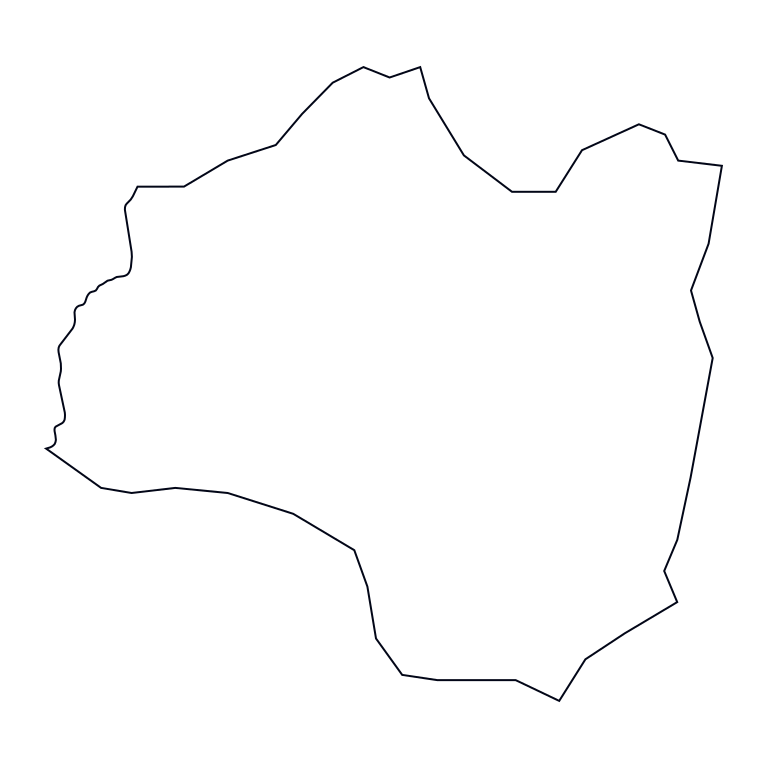 SVG path tracing the border of Haute Matsiatra
{"feature_id": "MDG-5873", "entity_name": "Haute Matsiatra", "entity_type": "Autonomous Province", "adm_level": 1, "iso_a3": "MDG", "parent_name": "Madagascar", "parent_adm1": "", "projection": "natural_earth1", "projection_center": [46.02, -21.511], "detail": "fine", "context": "isolated", "style": "outline", "palette": "ink", "viewbox_px": 768, "rotation_deg": 0, "n_neighbors": 0, "source": "natural_earth", "source_scale": "10m", "svg_char_len": 1439}
<svg xmlns="http://www.w3.org/2000/svg" viewBox="0 0 768 768"><path d="M131.6,493.0L101.1,487.9L46.1,448.6L50.1,447.4L51.9,446.5L53.4,445.4L54.7,444.0L55.5,442.0L55.9,439.9L55.4,435.4L54.6,431.2L54.5,429.8L54.7,428.1L55.6,426.7L62.4,423.0L63.7,421.6L64.6,419.7L64.9,417.4L65.0,415.0L64.8,412.5L59.0,385.2L58.7,382.9L58.8,380.6L60.8,371.4L61.0,368.8L60.8,363.4L58.6,352.2L58.4,349.8L58.7,347.5L59.5,345.6L72.6,328.5L73.5,326.7L74.3,324.6L74.8,322.2L75.0,319.7L74.5,312.3L75.0,310.1L75.9,308.3L77.2,306.8L78.9,305.8L82.9,304.7L84.3,303.5L85.3,301.7L86.7,297.4L87.6,295.5L88.7,293.9L90.1,292.5L91.9,291.8L94.0,291.3L95.8,290.5L97.0,288.9L98.0,287.0L99.4,285.6L102.8,284.0L107.5,280.7L111.5,279.8L113.3,278.9L114.9,277.9L116.7,277.0L123.4,276.2L125.4,275.6L127.1,274.7L128.5,273.3L129.5,271.5L130.3,269.5L130.9,267.2L131.9,256.9L131.6,251.8L124.9,209.8L125.0,207.3L125.6,205.2L126.7,203.7L130.7,199.6L132.9,196.2L137.5,186.7L184.0,186.6L227.7,160.6L275.8,145.0L302.1,113.9L332.7,82.7L363.4,67.1L389.6,77.5L420.2,67.1L429.0,98.3L463.9,155.4L512.0,191.8L555.7,191.8L582.0,150.2L638.9,124.3L665.1,134.6L678.2,160.6L721.9,165.8L708.6,243.7L691.0,290.5L699.7,321.6L712.7,358.0L690.6,477.5L677.3,539.8L664.2,571.0L677.2,602.1L624.8,633.3L585.4,659.3L559.2,700.9L515.6,680.1L480.7,680.1L437.1,680.1L402.2,674.9L376.0,638.5L367.4,586.6L354.3,550.2L293.2,513.8L227.7,493.0L175.3,487.9L131.6,493.0Z" fill="none" stroke="#020617" stroke-width="2"/></svg>